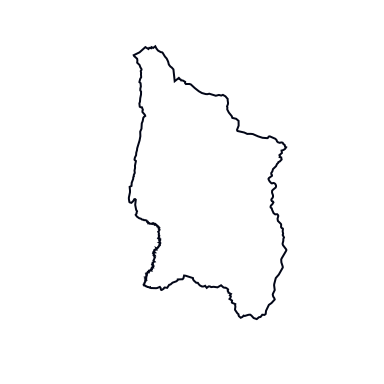 Bo Thong, Chon Buri, Thailand (Mercator projection), rotated 46°
{"feature_id": "78962969B86980308454796", "entity_name": "Bo Thong", "entity_type": "district", "adm_level": 2, "iso_a3": "THA", "parent_name": "Thailand", "parent_adm1": "Chon Buri", "projection": "mercator", "projection_center": [101.509, 13.23], "detail": "fine", "context": "isolated", "style": "outline", "palette": "ink", "viewbox_px": 384, "rotation_deg": 46, "n_neighbors": 0, "source": "geoboundaries", "source_scale": "gbopen_adm2", "svg_char_len": 6059}
<svg xmlns="http://www.w3.org/2000/svg" viewBox="0 0 384 384"><g transform="rotate(46 192 192)"><path d="M84.4,158.9L86.5,161.0L88.6,164.1L90.9,166.7L91.8,168.4L94.3,170.3L95.1,170.2L96.3,169.2L98.8,170.3L99.2,171.3L100.1,172.1L103.6,172.3L104.8,172.8L104.6,174.4L104.8,175.5L106.8,178.3L107.7,180.4L111.4,184.4L112.6,187.3L116.0,190.4L118.5,193.9L122.5,201.1L123.7,202.5L125.0,204.8L126.7,206.7L127.5,209.0L128.6,210.7L129.2,211.0L130.7,210.8L130.9,211.0L133.4,214.7L135.1,216.2L136.6,218.4L138.5,219.9L139.4,222.2L140.4,223.0L140.5,223.9L141.7,225.2L143.5,229.0L145.6,231.3L145.0,233.3L147.9,235.6L149.2,236.9L152.1,241.2L153.1,242.2L155.7,244.0L156.4,243.9L157.7,243.1L157.7,240.5L157.1,238.5L157.5,237.9L158.5,237.8L161.8,241.8L166.1,244.6L167.7,244.9L168.1,245.8L169.0,246.9L169.3,248.4L171.4,248.7L174.2,248.2L175.7,247.3L177.1,247.1L178.4,246.1L178.9,246.1L180.0,245.0L181.0,244.5L181.8,244.8L182.2,244.6L182.4,245.0L183.2,244.7L183.5,244.9L183.5,244.6L184.4,244.8L184.6,244.5L185.0,244.7L185.8,244.2L186.1,243.6L187.0,243.1L187.0,242.4L187.6,242.4L187.7,241.4L188.7,241.1L188.7,241.6L189.5,241.7L189.7,240.6L190.4,240.8L190.5,240.5L191.5,240.4L191.5,240.6L191.9,240.7L192.7,240.5L192.6,240.8L192.9,240.9L193.4,240.2L193.7,240.2L193.9,240.6L195.0,240.5L194.9,241.1L195.4,241.6L196.6,241.6L197.1,242.9L197.1,243.9L198.7,244.4L199.7,245.7L200.5,245.7L200.9,246.2L200.8,246.5L201.5,247.3L201.6,247.8L202.1,247.8L202.1,248.4L203.8,247.7L204.0,248.2L203.6,248.0L203.7,248.5L204.1,248.4L204.2,248.9L204.6,248.7L204.8,249.5L205.2,250.0L206.0,249.9L206.2,250.1L206.0,250.4L206.6,250.2L206.9,250.5L206.9,251.6L207.8,251.8L208.0,252.1L207.7,252.8L208.0,253.2L207.9,254.2L208.3,254.5L208.2,255.3L208.4,255.5L208.4,256.5L207.8,256.7L208.1,256.8L208.0,257.1L208.3,257.3L208.0,257.4L208.0,257.7L208.5,257.8L208.5,258.1L207.6,258.9L207.6,259.7L208.4,260.1L208.4,261.1L209.6,260.9L208.9,261.9L209.4,262.1L209.3,262.5L209.6,262.5L210.1,262.9L211.7,262.9L211.6,263.3L211.3,263.2L211.2,263.6L211.7,263.6L212.8,264.3L213.2,264.0L214.6,267.4L216.0,267.4L215.6,268.1L215.7,269.2L216.0,269.5L215.7,269.7L216.1,270.2L216.3,270.9L216.7,270.8L216.9,271.1L217.5,270.8L217.9,271.1L218.2,270.9L218.7,271.3L218.4,272.1L219.3,272.5L218.7,273.2L218.6,273.6L219.8,274.5L219.7,275.1L219.2,275.4L219.2,275.9L220.1,276.0L219.6,276.5L219.2,276.3L219.3,277.4L218.7,277.8L219.1,278.5L219.6,278.8L218.8,279.4L219.3,280.1L218.8,281.4L219.1,281.4L219.3,281.8L219.7,281.6L219.8,282.1L220.4,282.1L220.7,282.6L220.5,283.0L221.4,283.8L221.0,284.6L221.4,284.5L221.5,285.0L221.9,284.6L221.7,285.0L222.4,285.1L222.5,285.6L223.5,286.0L222.9,287.0L224.0,287.6L224.0,288.4L224.4,288.9L224.4,289.5L224.9,290.0L224.9,291.0L225.2,291.3L226.1,291.4L226.6,290.8L227.9,290.6L228.3,290.2L229.3,290.1L230.2,289.3L231.1,289.0L231.4,288.3L231.9,288.6L232.6,288.2L236.3,284.6L236.9,283.7L237.9,281.1L239.1,281.2L240.7,282.2L241.4,281.9L241.9,279.7L241.6,278.5L241.7,278.0L243.7,276.4L242.9,272.9L243.6,271.7L243.7,269.0L245.4,265.2L245.5,263.6L245.0,263.0L248.2,259.4L248.1,258.1L246.6,255.7L247.9,254.7L254.6,251.1L255.6,251.9L256.9,252.2L260.2,252.0L261.4,250.9L262.9,251.2L264.8,251.2L267.0,250.4L268.1,249.1L268.6,247.7L271.2,248.0L271.4,245.9L271.6,245.4L272.4,244.7L273.7,244.3L275.2,242.3L278.3,239.9L279.3,235.9L282.3,235.7L283.2,235.3L284.2,234.3L286.4,233.7L287.3,233.8L287.9,235.0L289.3,235.3L289.7,235.7L292.4,234.8L292.7,236.6L294.0,236.5L294.8,237.9L295.0,239.3L297.9,238.6L299.0,240.0L299.7,240.1L302.7,238.7L303.4,239.6L304.7,240.5L306.2,242.5L306.7,242.9L310.6,243.6L312.3,243.5L313.1,244.2L313.9,244.5L316.3,244.3L316.9,242.5L316.8,240.7L317.8,240.2L319.5,236.8L320.6,235.4L322.0,235.1L325.5,235.2L328.4,233.7L328.6,230.8L329.5,229.5L329.1,226.7L330.8,225.2L330.9,223.7L328.9,221.3L326.6,215.1L327.1,212.0L326.8,207.2L325.7,206.6L323.6,206.2L321.9,205.2L321.4,204.4L320.0,200.6L316.2,197.8L315.4,196.9L312.1,191.5L311.7,186.9L309.4,179.2L308.6,178.5L304.7,176.6L302.6,174.8L302.1,173.8L299.8,165.5L299.3,164.4L298.6,164.1L293.5,163.5L292.6,163.1L292.0,162.6L290.6,160.3L289.2,158.9L288.6,157.4L285.9,156.6L285.4,155.5L283.3,154.1L281.7,152.2L281.2,152.1L280.2,152.5L279.1,152.3L277.5,150.6L276.7,150.2L272.5,150.3L270.7,149.1L269.2,146.6L268.5,146.2L267.3,146.1L265.8,147.7L263.9,148.0L260.3,146.7L259.2,146.0L257.9,146.2L257.3,145.9L256.6,144.7L256.6,142.7L256.0,140.6L255.1,140.4L254.1,140.9L252.8,140.5L252.4,139.8L252.1,137.8L251.6,136.9L250.6,136.0L248.1,134.9L246.8,133.6L246.6,132.5L246.9,128.7L246.5,127.8L245.6,127.0L244.0,126.5L242.8,126.7L241.9,127.3L241.4,128.5L240.8,128.8L238.4,128.8L236.5,128.3L235.7,127.9L235.4,127.0L235.9,123.2L235.3,122.7L234.1,122.5L233.4,121.8L233.0,119.9L231.8,117.8L231.8,113.6L230.9,111.4L230.9,109.8L230.5,109.1L231.0,107.7L230.9,105.0L229.1,103.8L227.8,104.7L227.2,103.8L226.2,103.5L226.4,100.2L224.4,98.8L225.3,97.1L225.5,95.8L225.6,95.0L225.2,93.2L224.1,93.6L222.7,92.7L222.0,92.7L221.2,93.0L220.5,92.7L219.4,92.6L218.3,93.4L217.6,94.7L216.0,95.6L214.7,95.7L213.3,95.1L211.6,95.1L206.0,97.4L205.4,98.4L205.8,99.6L205.6,100.4L202.0,103.6L197.9,105.8L192.6,108.0L190.9,109.4L188.6,111.9L185.5,113.1L179.7,116.9L178.6,116.5L176.7,112.4L173.2,109.1L170.0,109.4L166.7,111.5L165.0,110.7L160.4,110.3L157.1,109.3L155.6,107.7L154.8,107.4L153.8,105.2L153.1,104.3L150.5,102.4L149.9,101.7L146.4,101.5L143.6,102.3L142.9,104.0L140.9,105.2L139.3,108.0L133.3,111.3L132.3,113.0L131.1,114.1L127.7,116.1L124.3,117.1L119.2,117.8L113.8,118.1L112.4,118.9L110.1,121.4L108.8,121.3L108.0,120.4L105.3,121.2L104.2,122.3L103.4,122.0L102.0,122.6L101.6,122.2L100.8,122.2L100.3,127.5L90.9,120.2L88.4,120.1L86.6,120.4L84.2,120.1L81.6,118.6L78.4,117.5L75.8,117.4L71.4,116.4L70.7,116.5L69.7,117.3L66.6,118.2L64.0,117.9L61.7,117.2L61.4,119.8L59.7,120.5L60.3,121.4L58.6,122.6L58.9,124.0L55.4,124.9L55.1,132.7L53.1,138.9L54.0,139.2L58.0,138.9L59.4,139.9L60.9,141.6L64.2,141.5L66.4,142.5L68.6,143.0L69.1,143.6L69.4,144.9L71.0,145.9L71.8,146.9L74.1,148.8L74.7,150.8L76.4,153.5L78.0,153.4L80.6,155.5L81.7,157.3L83.0,158.6L84.4,158.9Z" fill="none" stroke="#020617" stroke-width="2"/></g></svg>